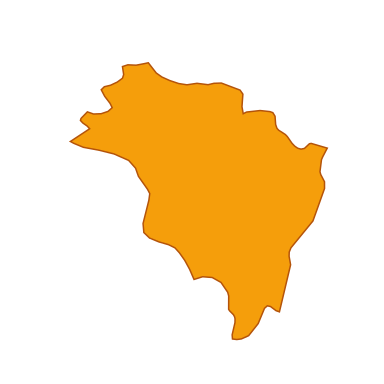 outline of Bergamo, rotated 117°
{"feature_id": "ITA-5443", "entity_name": "Bergamo", "entity_type": "Province", "adm_level": 1, "iso_a3": "ITA", "parent_name": "Italy", "parent_adm1": "", "projection": "mercator", "projection_center": [9.798, 45.758], "detail": "fine", "context": "isolated", "style": "filled", "palette": "amber", "viewbox_px": 384, "rotation_deg": 117, "n_neighbors": 0, "source": "natural_earth", "source_scale": "10m", "svg_char_len": 1463}
<svg xmlns="http://www.w3.org/2000/svg" viewBox="0 0 384 384"><g transform="rotate(117 192 192)"><path d="M279.2,73.3L294.3,76.3L300.5,81.3L303.1,85.1L304.6,89.2L301.0,91.4L288.9,94.4L285.4,96.1L283.8,97.5L282.5,99.4L280.8,104.6L279.9,106.1L268.0,112.1L265.1,114.7L259.4,125.1L259.0,135.2L262.7,144.1L269.0,150.5L261.9,159.1L256.9,166.4L256.0,167.8L251.9,175.6L249.5,181.9L249.6,189.0L251.5,198.9L252.3,208.9L250.0,216.5L242.3,221.3L224.5,225.4L218.9,226.7L212.6,228.9L209.7,233.0L202.4,246.8L196.4,253.1L192.6,262.8L193.5,278.8L197.1,294.3L201.5,309.1L202.3,319.5L202.2,323.0L202.2,323.3L182.1,311.9L180.8,315.5L180.1,320.5L178.9,323.9L176.8,324.3L168.1,321.6L167.2,315.1L163.5,308.5L158.3,303.4L153.1,301.4L150.2,305.3L146.4,313.2L142.1,319.3L138.0,317.9L133.9,313.1L128.0,308.5L122.2,305.6L118.4,306.2L111.8,310.9L107.8,306.9L104.4,299.4L99.7,293.3L96.7,289.6L102.2,277.9L103.2,271.1L102.8,262.5L101.4,253.1L98.8,245.2L92.9,236.9L89.1,226.4L85.2,221.8L81.6,215.3L79.4,195.4L81.7,191.1L93.3,186.2L99.0,181.9L96.0,179.7L88.5,168.3L85.0,159.1L84.6,156.0L86.8,152.4L93.9,148.1L96.7,145.2L97.6,142.8L98.4,134.9L99.3,132.3L103.2,125.0L104.5,121.3L105.0,117.7L104.3,114.3L102.1,111.6L95.7,109.3L94.6,107.9L91.5,91.4L101.3,91.5L104.4,91.3L115.8,87.2L118.0,85.2L122.7,78.6L128.7,75.5L162.9,71.1L196.8,78.5L201.4,78.1L205.2,76.3L212.1,71.1L259.1,59.7L259.6,63.2L258.4,70.0L259.2,73.2L262.7,74.6L279.2,73.3Z" fill="#f59e0b" stroke="#b45309" stroke-width="1.5"/></g></svg>